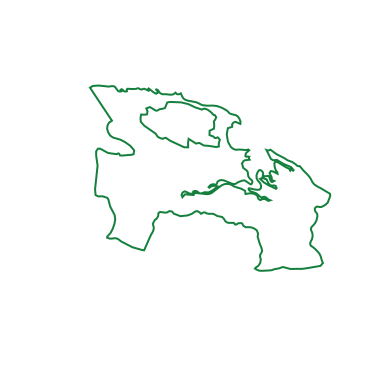 outline of Darién, rotated 131°
{"feature_id": "PAN-1418", "entity_name": "Darién", "entity_type": "Province", "adm_level": 1, "iso_a3": "PAN", "parent_name": "Panama", "parent_adm1": "", "projection": "robinson", "projection_center": [-78.04, 8.154], "detail": "fine", "context": "isolated", "style": "outline", "palette": "green", "viewbox_px": 384, "rotation_deg": 131, "n_neighbors": 0, "source": "natural_earth", "source_scale": "10m", "svg_char_len": 6109}
<svg xmlns="http://www.w3.org/2000/svg" viewBox="0 0 384 384"><g transform="rotate(131 192 192)"><path d="M267.4,189.9L268.7,192.0L272.8,200.8L275.8,213.1L276.0,216.9L276.9,219.2L278.3,220.7L279.8,221.9L281.1,223.5L282.2,226.0L281.4,226.7L276.3,226.6L272.1,227.6L267.4,229.4L263.1,231.9L260.2,235.2L256.6,244.3L252.5,250.2L252.0,252.1L253.9,256.7L256.8,259.8L257.6,262.7L253.6,266.9L234.0,280.6L227.7,287.9L224.2,291.0L221.0,291.4L219.5,289.6L217.8,281.7L216.8,279.6L212.9,273.7L212.5,273.4L211.4,273.1L211.0,272.6L211.0,272.0L211.6,270.2L210.2,268.5L203.3,261.8L201.8,260.9L198.5,263.0L197.6,268.8L198.3,275.5L199.5,280.4L202.7,287.3L203.1,290.7L201.8,294.8L199.8,297.7L197.1,299.5L194.0,300.1L190.7,299.2L180.2,337.4L177.0,336.4L172.9,332.3L167.0,323.9L164.7,322.0L163.6,320.7L163.2,318.9L164.3,314.0L163.6,312.4L162.8,311.7L161.7,313.0L160.6,312.5L160.3,311.4L160.6,310.6L161.2,310.7L159.6,307.8L158.7,307.2L157.4,308.5L156.5,308.5L153.1,304.2L150.9,301.9L149.3,301.0L148.8,300.3L148.5,298.8L147.8,297.2L146.4,296.6L145.5,295.9L144.9,294.3L144.0,291.1L143.1,291.1L142.5,293.5L142.2,292.0L142.0,286.4L141.4,283.6L139.9,283.0L138.5,284.2L138.2,287.0L137.5,284.9L137.7,283.5L138.2,282.1L138.2,280.3L137.7,278.7L137.1,277.8L135.5,276.1L132.5,271.8L130.5,270.1L127.8,269.6L128.1,267.9L127.5,266.6L126.3,265.7L124.9,265.2L126.3,262.2L127.0,260.0L126.9,258.0L125.9,255.3L121.7,248.1L121.0,246.3L119.7,241.2L116.7,236.9L113.2,233.1L110.7,229.5L108.8,224.6L107.7,219.5L107.7,217.6L108.0,215.8L107.7,214.2L105.2,209.1L104.9,207.2L105.6,204.2L107.3,201.3L108.9,200.2L110.5,205.3L112.5,206.3L114.8,206.0L116.4,204.4L120.3,206.8L125.7,203.6L130.5,197.8L132.6,192.0L132.3,188.8L131.5,186.8L128.7,183.9L124.7,178.5L123.0,177.4L123.0,176.2L126.8,176.7L128.0,176.5L129.8,175.3L129.8,174.1L129.0,173.6L127.8,171.9L129.2,171.3L129.8,169.7L133.5,173.0L134.7,173.4L137.8,173.0L138.0,172.4L140.2,169.3L139.9,164.9L140.2,163.3L143.1,160.0L143.7,158.5L143.9,157.2L144.0,154.0L144.6,153.2L145.9,152.5L147.2,152.3L147.8,152.9L148.5,158.7L148.8,160.0L150.2,161.3L152.5,162.7L155.0,163.9L156.9,164.3L158.5,165.4L159.7,167.8L162.2,175.3L163.5,177.4L165.3,178.9L167.4,179.5L169.5,178.7L171.0,178.7L172.1,181.0L173.1,181.8L174.3,182.5L175.5,182.7L177.4,182.7L177.4,181.7L175.3,181.2L173.3,179.9L171.8,178.2L170.9,176.2L177.8,177.7L181.5,179.3L183.9,182.3L187.2,184.3L188.0,185.5L188.1,187.8L188.5,189.5L189.4,190.6L190.8,191.4L192.3,190.5L193.9,191.4L195.1,193.6L195.6,196.3L196.5,198.1L198.7,198.7L201.0,198.0L202.2,195.8L198.4,195.8L193.2,188.8L190.8,189.3L183.7,179.1L182.3,177.9L180.2,176.6L167.8,174.1L164.8,172.7L162.4,170.4L160.8,167.4L160.2,163.8L157.2,156.9L156.3,152.7L158.4,150.3L155.2,147.6L153.7,145.8L152.5,143.7L151.9,141.1L152.3,139.6L153.1,138.6L153.6,137.2L153.4,135.3L152.6,134.7L151.3,134.4L149.8,132.9L149.1,131.1L148.9,129.6L148.5,128.4L146.9,127.5L147.5,129.0L147.6,133.0L148.3,134.5L150.1,135.8L150.8,136.0L150.8,141.7L151.0,143.1L153.0,148.2L153.2,149.9L152.5,151.4L151.7,151.4L149.0,146.4L147.3,143.9L146.0,142.6L143.8,142.6L141.9,144.0L140.6,146.4L140.2,149.8L139.3,152.2L137.3,154.1L134.6,155.3L132.1,155.7L130.9,155.2L130.4,153.9L130.4,152.5L130.7,151.4L131.5,150.3L135.5,148.0L136.4,148.8L137.4,149.2L137.6,144.0L136.8,139.2L134.5,130.7L133.5,130.7L132.5,132.9L133.2,134.4L134.5,135.6L135.5,137.2L135.3,140.0L133.5,144.2L134.5,145.9L134.5,147.1L132.6,148.0L131.9,146.8L130.3,145.5L129.8,144.9L129.3,143.5L130.1,143.4L132.2,139.6L132.0,138.1L129.8,137.2L130.5,139.2L130.2,140.1L129.4,140.7L128.7,141.5L126.8,145.9L124.6,146.3L123.4,144.5L122.1,139.4L121.1,140.6L120.9,142.6L119.0,145.8L116.5,148.5L114.5,149.2L113.2,146.6L111.7,137.2L110.7,134.0L111.5,131.8L110.7,131.8L110.7,132.9L109.6,132.9L109.6,129.7L108.8,129.7L108.2,133.6L110.8,141.4L112.1,149.0L114.7,151.4L115.3,154.0L111.5,163.3L111.0,161.9L108.6,160.5L108.1,153.5L105.8,144.3L105.4,140.8L103.6,136.0L103.1,132.0L103.2,129.9L102.8,128.8L101.8,127.7L102.7,121.7L103.2,115.3L103.6,113.0L104.1,111.2L105.5,107.7L106.0,105.2L105.9,103.3L105.3,99.5L104.8,98.0L102.8,86.7L103.5,85.8L104.5,85.0L110.9,82.6L112.8,82.7L115.2,83.2L118.5,84.6L119.4,85.5L120.8,87.9L122.6,88.7L123.9,88.4L125.2,87.3L125.8,85.9L126.0,84.6L126.5,83.1L127.9,81.5L131.8,79.4L134.7,78.7L137.1,78.6L139.7,78.8L141.3,78.4L142.4,77.5L144.2,74.0L146.5,71.7L149.0,70.5L152.4,69.6L153.9,68.5L154.6,67.0L154.3,64.7L154.2,61.8L154.5,58.0L155.1,55.0L156.1,52.7L158.9,48.4L159.7,46.6L163.5,46.6L173.7,54.9L177.9,58.6L185.6,67.4L188.8,73.9L190.2,75.0L192.5,76.2L196.4,79.3L198.5,80.4L200.2,81.9L205.7,87.6L207.3,89.7L208.1,92.0L208.5,94.2L207.2,94.3L204.2,93.5L200.8,94.0L197.8,95.8L196.5,97.8L194.9,99.3L192.6,99.7L190.4,100.4L188.5,103.1L186.9,106.4L182.7,113.1L180.0,114.9L178.4,118.0L178.8,121.3L179.8,124.0L181.5,126.4L183.4,128.4L183.8,131.4L182.9,133.2L182.9,133.9L183.3,134.5L185.0,136.4L187.9,137.5L188.3,138.5L187.9,139.3L187.9,140.2L191.4,144.3L192.0,145.8L192.2,147.6L191.3,150.4L191.1,152.9L193.5,157.1L194.4,161.3L195.3,162.6L197.5,165.1L198.7,167.3L198.7,168.2L199.5,169.6L200.9,170.4L201.8,170.5L202.5,170.9L202.4,173.3L203.0,175.5L204.5,176.7L208.6,177.8L212.5,179.9L217.8,184.8L220.3,191.5L219.8,194.1L221.2,196.5L224.0,197.5L225.3,198.9L228.0,203.0L229.9,203.5L232.5,201.7L235.4,201.2L237.2,201.7L240.4,201.1L241.9,200.4L243.8,197.6L245.7,196.2L248.6,195.3L251.5,194.8L267.4,189.9ZM154.1,229.4L152.8,220.7L151.5,219.8L150.1,218.5L149.2,213.8L147.9,211.8L146.5,210.1L142.3,203.4L140.1,201.6L137.8,203.6L134.2,205.4L133.9,208.4L136.0,209.7L136.3,211.0L136.1,212.5L137.0,214.4L137.5,216.2L134.2,218.9L129.8,217.0L126.9,219.1L124.4,221.8L122.0,222.0L119.7,222.8L119.0,225.1L119.7,226.5L119.3,229.7L119.5,233.4L120.0,235.4L120.9,237.3L122.3,238.2L123.3,238.6L126.0,245.0L128.1,252.5L131.5,259.0L138.2,267.4L140.6,269.4L146.4,267.5L148.7,269.0L150.9,270.8L153.1,271.5L154.3,272.6L155.5,279.5L158.9,281.3L160.3,278.5L163.0,276.9L165.0,278.8L166.9,281.2L170.0,279.4L172.6,276.7L173.3,271.5L171.8,257.7L172.8,254.1L172.2,251.3L171.0,248.9L169.7,248.4L168.3,247.4L167.7,242.4L163.4,227.3L160.8,224.2L157.4,227.3L154.1,229.4Z" fill="none" stroke="#15803d" stroke-width="2"/></g></svg>